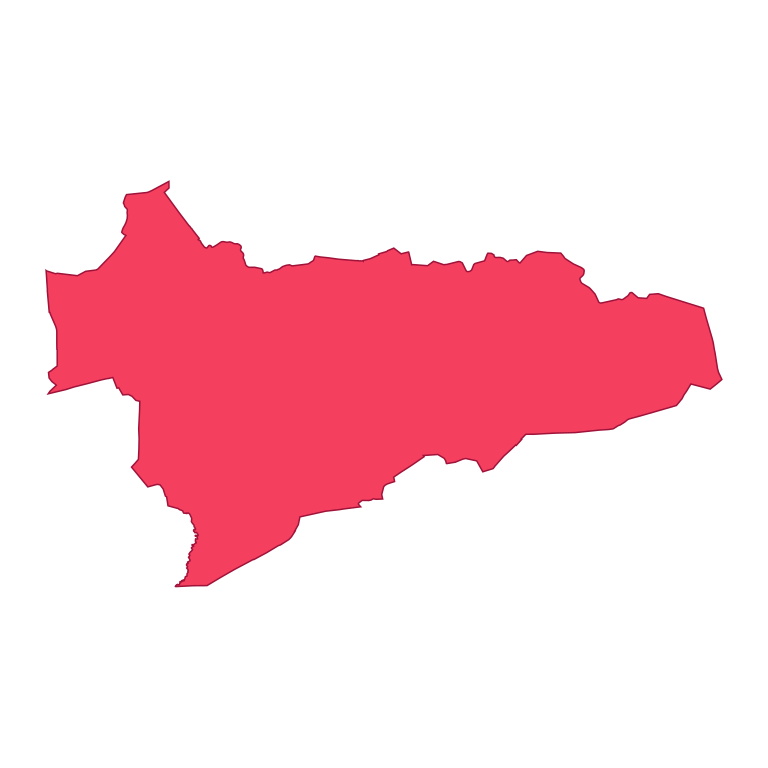 Stelpes pag., Vecumnieku, Latvia (orthographic projection)
{"feature_id": "27541924B70634924766209", "entity_name": "Stelpes pag.", "entity_type": "district", "adm_level": 2, "iso_a3": "LVA", "parent_name": "Latvia", "parent_adm1": "Vecumnieku", "projection": "orthographic", "projection_center": [24.499, 56.522], "detail": "fine", "context": "isolated", "style": "filled", "palette": "rose", "viewbox_px": 768, "rotation_deg": 0, "n_neighbors": 0, "source": "geoboundaries", "source_scale": "gbopen_adm2", "svg_char_len": 6062}
<svg xmlns="http://www.w3.org/2000/svg" viewBox="0 0 768 768"><path d="M710.2,389.1L717.2,383.5L721.9,379.5L718.5,372.3L717.5,368.5L715.1,353.2L714.3,349.3L713.3,343.0L712.2,338.5L706.5,319.0L703.6,308.2L666.0,296.4L658.3,293.7L649.6,294.4L646.7,298.4L638.1,297.8L632.0,292.6L630.9,292.5L629.9,292.9L628.1,295.6L623.2,299.2L622.1,299.6L621.0,299.5L618.6,298.9L617.9,299.0L616.5,299.7L603.3,302.6L600.8,303.1L600.0,302.9L598.8,302.2L595.1,294.1L590.4,288.8L589.1,287.6L581.9,283.3L581.5,282.9L580.8,281.8L579.9,279.3L579.8,278.6L580.4,277.8L582.6,275.7L583.4,274.7L583.8,273.7L584.2,270.9L583.8,269.4L581.4,267.6L573.5,264.0L565.0,258.5L563.4,256.2L560.8,253.1L546.9,252.5L537.7,251.3L526.5,255.5L520.0,263.0L519.1,262.7L516.3,259.7L512.3,260.1L510.0,260.1L507.9,261.6L506.8,261.3L503.2,258.2L500.1,257.4L495.7,257.5L494.5,256.9L494.1,256.0L494.0,255.0L491.5,253.4L487.9,253.2L487.2,254.2L484.6,260.8L475.0,263.5L473.8,264.5L471.7,269.8L471.4,270.3L470.0,271.2L469.2,271.5L467.8,271.6L466.9,271.5L466.2,270.8L462.3,262.9L459.9,261.6L458.5,261.5L446.9,264.4L443.7,264.7L433.5,261.3L427.6,265.7L413.1,264.6L411.7,264.8L408.7,252.1L408.4,252.0L401.1,253.8L393.8,248.1L387.6,250.7L386.8,251.5L378.6,253.9L378.9,254.8L370.2,258.7L363.5,260.4L363.3,261.1L363.0,260.7L361.5,261.0L360.1,260.8L359.4,261.0L358.1,260.6L356.6,260.7L338.6,259.2L328.4,257.8L320.6,257.0L315.3,256.1L314.7,256.8L313.8,259.6L313.5,260.4L312.7,261.0L311.0,262.0L308.8,263.6L307.6,264.0L292.2,265.9L289.4,264.8L286.2,265.3L282.5,266.6L279.1,269.2L278.2,269.3L277.3,269.9L274.8,270.1L270.0,272.6L269.4,272.6L267.1,272.1L264.4,272.9L263.1,272.8L263.1,271.7L262.6,269.8L262.3,269.3L261.6,268.7L254.9,267.3L248.6,267.3L246.3,265.7L245.8,265.0L244.6,261.2L244.0,259.5L243.2,258.2L243.3,257.0L243.7,255.1L243.3,253.6L242.4,252.4L241.1,251.3L240.5,249.9L240.6,249.1L241.2,247.9L241.2,247.0L240.8,245.9L240.3,245.4L238.8,244.3L237.2,243.7L235.3,243.9L233.8,243.5L231.6,242.4L229.9,241.9L227.0,242.3L223.2,241.6L221.9,241.7L220.9,242.1L216.7,245.0L213.1,247.1L212.3,247.3L211.6,247.1L211.4,246.3L210.7,245.7L210.3,245.5L209.3,245.4L208.8,245.6L207.2,247.7L206.9,247.9L206.0,247.9L204.4,247.1L201.4,243.2L200.5,241.3L199.8,240.4L198.2,239.7L199.2,238.4L193.0,230.5L191.8,228.7L191.3,228.4L189.6,226.1L189.3,226.1L179.2,212.8L164.3,192.4L169.0,188.0L168.9,181.4L152.3,190.3L148.6,192.0L146.9,192.5L126.5,194.6L125.2,197.2L123.5,202.4L123.4,203.1L124.0,204.1L124.8,206.6L127.1,209.1L127.3,209.7L127.3,210.7L127.1,212.6L127.4,215.4L127.2,218.5L126.0,222.5L124.6,225.4L123.2,227.8L122.3,230.1L121.8,232.0L121.8,232.4L122.0,232.7L123.9,234.4L125.9,235.4L114.4,251.7L110.2,256.3L97.8,269.1L96.0,270.0L85.7,271.3L77.4,275.7L57.5,273.3L55.4,273.7L46.6,270.9L46.1,270.5L47.4,289.8L47.3,290.7L49.2,312.2L49.9,312.4L49.9,312.7L50.2,313.7L55.7,326.4L56.5,329.1L56.8,331.3L56.8,343.1L56.9,349.4L57.2,349.6L57.2,365.8L57.1,366.1L52.7,369.4L51.9,370.2L48.5,372.4L49.1,378.0L51.8,381.5L55.7,384.6L56.3,385.2L49.9,391.3L48.2,393.8L66.1,389.5L73.9,387.0L87.9,383.5L101.3,379.9L107.7,378.5L108.0,378.6L112.8,377.5L117.0,388.2L118.7,387.8L122.8,394.9L128.4,394.5L132.0,396.3L135.9,400.4L139.8,401.3L139.6,409.8L138.7,428.8L139.1,438.8L138.9,449.2L138.4,459.4L135.3,463.0L131.5,467.1L147.8,486.9L156.2,484.6L157.7,484.4L160.1,484.9L163.2,489.0L165.4,496.1L166.6,496.8L168.0,505.8L178.3,508.6L179.4,509.6L181.7,510.4L182.8,511.1L183.3,512.5L183.7,513.1L184.1,513.2L185.6,513.2L186.2,513.5L186.7,513.1L187.1,513.4L187.4,513.1L188.2,513.0L189.3,513.6L190.3,515.1L190.7,516.3L191.0,516.6L191.7,518.5L191.4,521.7L192.5,523.4L193.8,524.9L194.1,525.7L194.1,526.7L194.3,527.0L194.8,527.3L195.3,528.7L195.6,529.2L195.3,529.6L194.2,529.4L193.6,530.1L193.6,530.9L193.7,531.2L194.3,531.6L194.9,532.7L195.1,532.8L195.5,532.5L196.6,532.5L196.9,532.8L197.2,533.6L198.0,534.5L198.2,534.9L198.1,535.3L197.8,535.8L195.7,535.3L195.3,535.5L195.2,535.9L195.3,536.1L196.8,536.6L197.3,537.3L197.3,537.7L197.6,538.6L197.5,538.9L196.6,539.1L195.7,538.8L195.5,539.0L195.4,540.7L195.5,541.6L195.7,541.9L196.2,542.2L196.2,542.8L196.1,543.0L195.5,543.1L194.1,544.4L193.0,544.6L192.1,544.6L192.0,545.1L192.7,545.8L193.4,545.9L193.6,546.1L193.6,546.3L191.7,547.4L191.4,547.9L191.8,548.8L192.3,549.1L192.5,549.8L192.3,550.1L191.4,551.0L191.0,551.6L190.6,551.7L189.8,552.7L189.6,553.2L189.1,553.7L189.0,554.1L189.1,554.5L189.8,555.1L189.8,555.4L189.4,556.1L189.4,556.6L189.3,556.8L188.7,556.9L188.5,557.2L188.6,557.6L188.9,557.9L189.9,559.7L190.1,560.7L187.6,562.1L187.6,562.5L188.1,562.9L188.0,563.6L187.6,563.9L186.8,563.9L186.5,564.5L186.6,565.5L187.6,566.4L187.3,567.5L186.7,568.0L187.2,568.8L187.8,569.2L188.2,570.6L187.8,571.2L188.1,572.1L187.5,573.1L187.1,573.5L187.0,574.3L187.0,575.7L186.9,576.1L185.7,576.5L185.3,576.8L185.1,577.6L185.0,578.5L184.4,579.7L184.1,580.8L183.9,580.9L183.1,580.8L183.1,580.1L181.8,580.6L182.0,581.2L182.0,581.5L181.7,581.7L181.4,581.9L180.9,581.6L180.2,581.6L179.9,581.9L180.1,583.0L179.8,583.2L179.6,584.2L179.2,584.6L178.5,584.7L177.5,584.4L176.5,584.9L175.7,585.8L175.4,586.4L175.7,586.6L193.2,585.7L207.0,585.6L220.5,577.5L234.6,569.4L253.4,559.4L253.8,559.6L266.6,552.7L278.4,545.6L280.5,544.9L288.8,539.6L290.7,537.7L291.8,536.3L295.0,531.3L294.6,531.3L298.3,524.7L299.9,516.9L325.7,511.2L339.0,509.7L344.8,508.8L360.7,506.8L358.4,504.2L358.4,503.6L359.2,502.6L362.2,500.4L368.9,500.5L370.9,500.1L373.3,498.8L376.0,499.3L382.7,499.0L381.7,494.6L383.7,486.7L385.1,485.2L387.4,483.9L394.6,481.5L393.7,477.1L400.6,472.4L411.6,465.3L424.1,456.7L423.3,455.5L437.8,454.5L444.2,458.3L445.7,460.8L446.4,463.5L446.8,463.6L455.3,462.2L462.6,459.2L465.6,458.5L476.4,460.8L476.9,461.2L482.8,471.8L493.1,468.6L494.6,466.7L494.6,466.4L494.8,466.3L503.8,456.1L508.9,451.5L515.7,445.0L516.3,445.4L521.7,439.4L521.2,439.0L525.8,434.3L532.9,434.2L532.9,434.3L555.5,433.1L575.2,432.6L599.2,430.1L608.6,429.5L612.1,429.0L613.4,428.7L618.3,425.6L620.1,425.0L624.7,422.1L627.7,419.6L629.3,418.9L643.9,414.9L676.4,405.5L681.9,398.9L684.0,394.8L686.6,391.1L690.9,384.0L710.2,389.1Z" fill="#f43f5e" stroke="#9f1239" stroke-width="1.5"/></svg>